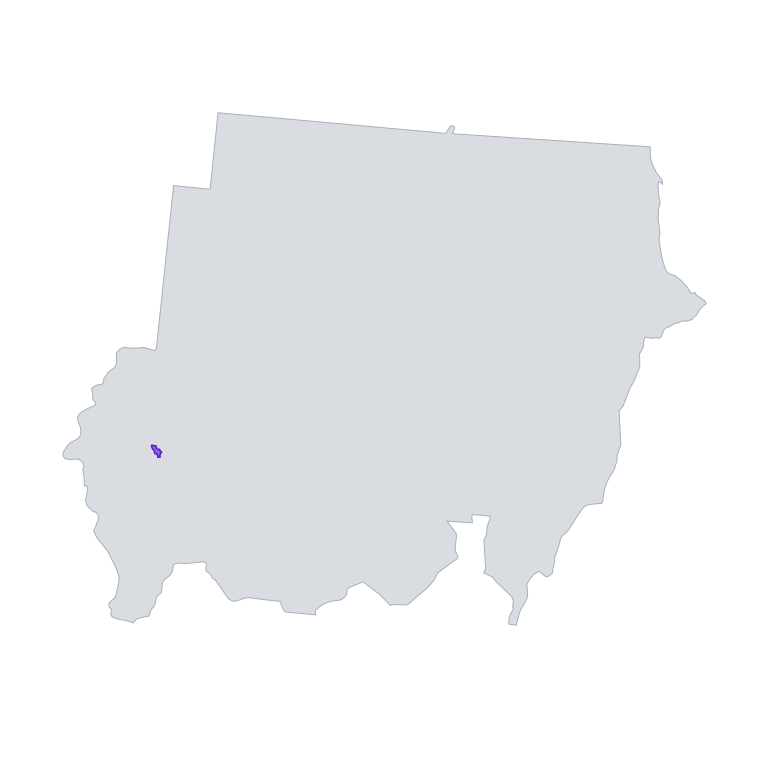 Wasat Jabal Marrah, Central Darfur, Sudan (highlighted), rotated 6°
{"feature_id": "16777658B31401746790002", "entity_name": "Wasat Jabal Marrah", "entity_type": "district", "adm_level": 2, "iso_a3": "SDN", "parent_name": "Sudan", "parent_adm1": "Central Darfur", "projection": "albers", "projection_center": [24.33, 13.123], "detail": "fine", "context": "in_parent", "style": "filled", "palette": "violet", "viewbox_px": 768, "rotation_deg": 6, "n_neighbors": 0, "source": "geoboundaries", "source_scale": "gbopen_adm2", "svg_char_len": 4681}
<svg xmlns="http://www.w3.org/2000/svg" viewBox="0 0 768 768"><g transform="rotate(6 384 384)"><path d="M541.0,609.8L533.8,610.1L533.0,608.4L532.9,603.7L533.6,600.2L536.0,594.5L535.2,591.4L535.5,587.0L533.4,582.2L515.7,568.5L512.2,564.6L502.9,561.4L504.4,557.3L499.6,528.1L501.3,524.6L501.7,519.5L501.5,515.0L503.4,507.4L503.5,504.2L485.4,504.6L485.3,507.8L486.2,511.4L486.3,512.8L461.0,513.8L471.5,525.0L472.1,530.0L471.8,536.3L472.0,540.3L472.7,542.9L475.5,548.0L475.4,549.0L474.8,550.2L457.3,566.1L454.5,573.3L452.2,577.1L447.2,583.5L431.2,600.3L428.5,601.5L416.0,602.4L414.7,602.8L413.8,603.6L413.2,603.5L402.2,594.1L383.9,583.0L372.1,589.3L368.9,591.5L368.9,597.1L367.2,600.0L364.0,603.1L355.2,605.3L350.7,607.0L345.3,610.3L340.0,615.6L339.6,618.3L340.3,620.7L309.7,621.1L307.6,619.2L303.1,610.7L300.0,611.2L272.1,610.6L268.2,611.5L260.2,615.1L256.2,615.8L252.1,614.2L237.3,597.2L234.1,595.2L230.8,591.2L227.7,589.4L226.6,588.1L226.3,586.3L226.3,582.6L225.3,580.2L223.0,579.7L203.4,583.7L200.6,583.3L196.5,584.0L195.0,584.7L193.4,587.0L193.1,591.7L192.6,594.0L191.1,596.6L185.5,602.4L184.3,604.9L184.6,611.3L184.2,614.5L183.4,616.0L180.9,618.4L180.0,619.8L179.1,628.0L176.0,632.9L175.3,634.7L175.1,638.2L174.6,639.3L165.7,642.1L162.4,643.9L160.3,646.7L159.8,647.9L156.0,646.9L151.1,646.2L141.8,645.3L138.1,644.0L136.3,642.0L136.9,637.1L136.0,636.0L134.5,635.1L133.5,633.0L133.7,630.4L138.6,624.7L139.7,621.7L141.0,607.4L140.6,603.0L136.8,594.9L127.9,581.0L125.8,578.3L114.7,566.9L113.4,565.2L110.7,560.3L113.8,549.8L114.0,546.8L113.2,543.8L110.4,541.5L107.9,541.3L104.7,538.4L102.5,537.1L100.6,534.6L99.3,531.1L100.4,518.7L99.7,517.0L96.9,516.5L96.3,515.6L96.4,513.2L94.9,506.1L93.3,500.3L94.2,497.0L91.9,492.6L87.4,490.6L78.6,492.0L75.8,491.8L73.9,490.9L72.6,489.3L72.0,487.4L72.6,484.5L75.2,479.2L78.3,474.9L84.7,471.0L86.4,468.9L87.4,466.6L87.6,463.9L87.2,461.0L86.5,458.4L84.6,455.0L83.0,450.9L82.9,448.2L83.8,446.3L85.5,444.0L91.8,439.4L98.3,435.6L99.4,434.3L99.0,432.7L96.0,429.5L95.2,423.4L93.6,419.2L96.8,416.0L99.2,414.9L103.0,413.9L104.5,412.6L104.9,410.0L104.8,407.6L106.2,405.8L108.0,401.9L109.5,400.1L114.4,395.6L115.5,392.6L115.8,389.8L114.5,381.2L117.4,377.6L121.0,374.6L126.2,374.9L134.2,374.2L139.7,373.0L143.6,373.1L152.5,374.7L153.4,374.0L153.9,371.7L154.0,208.6L190.3,208.6L190.7,208.3L190.6,131.6L417.7,128.3L419.6,127.9L422.9,120.7L424.4,120.1L426.8,120.5L427.6,122.1L425.9,128.0L624.0,120.3L624.9,129.0L626.9,135.9L633.0,145.6L638.0,150.7L639.9,153.6L640.1,155.0L640.0,156.3L638.5,154.9L636.0,154.0L635.8,158.7L637.5,168.2L639.8,174.9L638.7,181.2L639.4,191.7L642.6,204.3L642.5,212.4L647.7,231.0L652.3,241.3L654.6,243.8L657.2,245.0L662.1,245.7L669.4,250.6L675.4,256.0L677.5,258.8L680.4,261.9L682.3,261.2L683.4,260.3L685.3,262.8L694.6,268.0L696.0,270.5L693.0,273.3L689.5,277.9L687.9,282.1L687.0,283.5L684.2,286.2L683.8,287.5L682.5,288.4L681.1,288.5L678.2,290.1L675.4,289.8L672.7,290.7L671.7,291.7L669.5,292.7L666.6,293.4L662.1,297.1L658.1,299.0L656.8,300.5L655.0,307.5L653.6,309.4L647.5,309.9L644.6,310.7L640.6,310.1L638.6,310.3L638.2,311.8L637.8,317.8L638.0,320.3L635.0,327.3L636.6,340.0L633.8,349.7L633.4,351.9L630.4,359.6L628.9,362.5L625.3,376.8L623.9,381.3L620.6,386.0L625.9,419.8L623.3,430.3L623.7,436.0L622.0,444.5L620.5,448.4L618.0,453.2L615.9,458.6L614.3,465.6L613.6,478.7L613.0,479.9L602.2,482.0L598.8,483.1L596.6,484.6L593.9,488.1L588.8,497.6L586.1,503.3L581.9,511.2L576.8,516.9L575.8,519.6L575.1,524.6L573.5,532.5L571.9,538.1L572.4,542.5L571.1,550.3L571.5,554.1L569.7,556.3L567.2,558.4L565.5,559.0L557.7,554.1L552.5,557.9L549.4,563.0L547.0,568.2L548.9,578.8L548.8,581.2L548.2,583.8L543.5,594.5L542.2,599.4L541.0,607.8L541.0,609.8Z" fill="#d9dde1" stroke="#a8b0b8" stroke-width="1"/><path d="M166.7,480.6L166.9,480.6L167.1,480.6L168.3,480.3L169.0,480.1L168.9,479.7L168.7,479.2L168.5,478.7L168.5,478.4L168.6,478.1L168.6,477.9L168.7,477.7L168.8,477.7L169.0,477.4L169.0,477.2L169.1,476.8L169.1,476.7L169.2,476.4L169.2,476.2L169.3,475.9L169.3,475.7L169.4,475.4L169.5,475.4L169.7,475.2L169.8,475.2L170.0,475.0L169.8,474.8L169.3,474.8L168.8,474.7L168.7,474.3L168.7,474.2L168.3,473.3L167.9,473.4L167.7,473.1L167.6,472.5L167.3,472.4L166.7,472.4L166.3,472.5L165.3,472.3L164.9,472.1L164.6,471.7L164.4,470.9L164.1,470.3L163.7,469.4L163.4,469.4L162.2,469.3L161.8,469.3L161.2,469.3L160.3,469.2L160.0,469.2L159.8,469.2L159.6,469.2L159.3,469.2L159.2,469.4L159.2,469.5L159.8,471.4L159.8,471.6L161.1,473.3L161.8,474.0L162.3,474.4L162.9,475.5L162.9,476.0L163.0,476.4L163.6,477.3L164.1,477.4L164.6,477.3L164.9,477.2L165.3,477.6L165.6,477.9L166.2,478.6L166.3,478.7L166.6,479.5L166.7,480.5L166.7,480.6Z" fill="#8b5cf6" stroke="#5b21b6" stroke-width="1.5"/></g></svg>